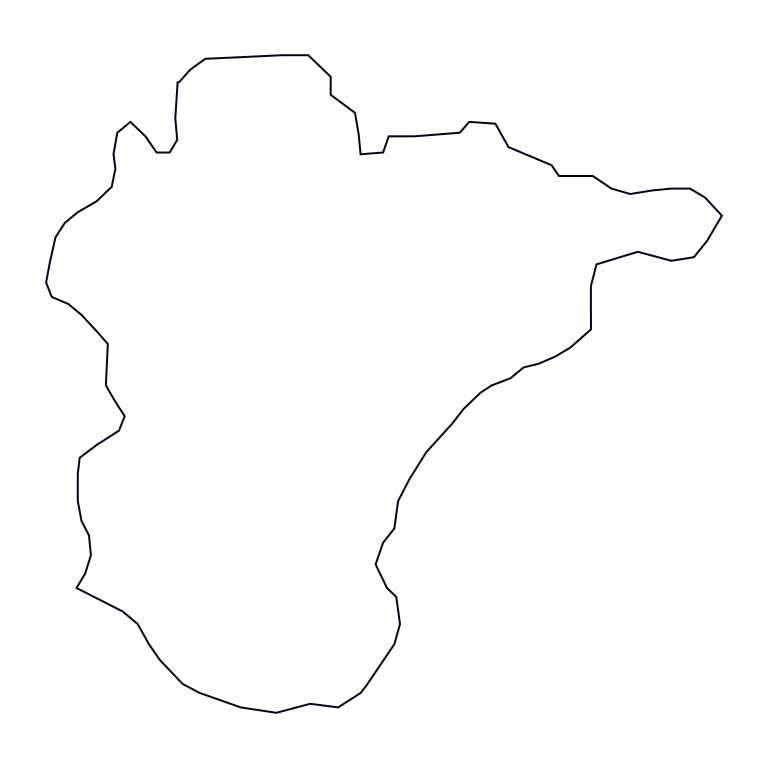 the district of Danyang-gun, North Chungcheong, South Korea
{"feature_id": "91817680B46750425552975", "entity_name": "Danyang-gun", "entity_type": "district", "adm_level": 2, "iso_a3": "KOR", "parent_name": "South Korea", "parent_adm1": "North Chungcheong", "projection": "robinson", "projection_center": [128.397, 36.972], "detail": "fine", "context": "isolated", "style": "outline", "palette": "ink", "viewbox_px": 768, "rotation_deg": 0, "n_neighbors": 0, "source": "geoboundaries", "source_scale": "gbopen_adm2", "svg_char_len": 1358}
<svg xmlns="http://www.w3.org/2000/svg" viewBox="0 0 768 768"><path d="M177.6,82.3L175.3,118.3L177.2,139.9L169.7,152.5L156.6,152.5L145.4,136.3L130.4,121.9L117.3,132.7L113.5,154.3L115.4,168.8L111.7,186.8L96.7,201.2L77.9,212.1L64.8,222.9L55.5,237.3L49.8,262.6L46.1,282.5L51.7,296.9L68.5,304.1L81.6,315.0L96.6,331.2L107.8,343.9L105.9,385.4L115.3,401.7L124.7,416.2L119.0,430.6L96.5,445.1L79.7,457.7L77.8,474.0L77.8,501.1L81.5,521.0L89.0,535.5L90.9,555.4L85.2,573.5L76.5,588.0L122.7,611.5L137.7,624.1L148.9,644.1L160.1,660.3L182.6,683.9L199.5,692.9L240.7,707.4L276.3,712.8L279.8,711.9L310.1,703.8L338.2,707.4L360.7,692.9L366.3,685.7L394.4,644.1L400.0,624.1L396.3,597.0L386.9,587.9L375.6,564.4L383.1,542.7L394.4,528.3L398.1,501.1L409.3,479.4L426.2,452.3L452.4,423.4L463.6,408.9L480.5,392.7L491.7,385.4L510.5,378.2L523.6,367.4L538.5,363.8L555.4,356.5L570.4,347.5L591.0,329.4L590.9,309.6L590.9,286.1L596.5,264.4L637.7,251.8L671.4,260.8L693.9,257.2L707.0,241.0L721.9,215.7L705.1,197.6L690.1,188.6L671.4,188.6L652.6,190.4L630.2,194.0L611.5,188.6L592.7,176.0L581.5,176.0L559.0,176.0L551.5,165.2L508.5,147.1L495.4,123.7L469.2,121.9L459.8,132.7L414.9,136.3L388.7,136.3L383.1,152.5L360.6,154.3L358.7,134.5L355.0,112.9L330.7,94.8L330.7,76.8L308.2,55.2L282.0,55.2L244.6,57.0L205.3,58.8L190.3,69.6L179.1,82.2L177.6,82.3Z" fill="none" stroke="#020617" stroke-width="2"/></svg>